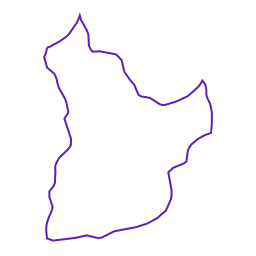 map outline of Laghman (Equal Earth projection)
{"feature_id": "AFG-1770", "entity_name": "Laghman", "entity_type": "Province", "adm_level": 1, "iso_a3": "AFG", "parent_name": "Afghanistan", "parent_adm1": "", "projection": "equal_earth", "projection_center": [70.121, 34.819], "detail": "fine", "context": "isolated", "style": "outline", "palette": "violet", "viewbox_px": 256, "rotation_deg": 0, "n_neighbors": 0, "source": "natural_earth", "source_scale": "10m", "svg_char_len": 1303}
<svg xmlns="http://www.w3.org/2000/svg" viewBox="0 0 256 256"><path d="M47.0,238.4L46.3,232.1L46.2,229.9L46.4,226.1L47.1,222.4L49.1,216.6L50.9,212.9L52.2,209.1L52.5,206.2L49.5,197.5L49.3,191.4L53.2,186.6L54.0,185.1L54.9,182.9L55.4,171.9L55.2,167.6L55.5,165.1L57.0,161.7L59.1,158.0L67.4,149.9L69.6,147.4L70.7,145.5L71.0,141.5L70.9,138.4L64.4,118.6L68.4,112.3L66.4,102.7L65.1,98.9L58.9,87.9L57.4,83.1L56.7,79.5L55.4,75.9L54.3,73.7L47.2,67.7L44.1,57.2L46.2,52.4L46.6,49.5L47.3,47.9L48.0,47.2L49.3,47.0L51.5,45.9L53.0,44.9L59.6,41.4L65.9,37.0L69.1,33.9L76.8,22.7L78.3,19.5L79.8,15.4L81.0,20.1L86.3,29.2L87.5,32.1L88.4,34.8L88.9,45.4L90.9,49.9L92.8,51.7L99.8,51.3L116.1,54.4L121.6,60.1L124.3,71.6L129.7,79.5L134.2,84.7L138.4,94.6L140.7,96.3L150.0,97.9L159.6,104.2L162.4,105.0L165.3,104.9L175.9,101.6L186.7,96.7L189.0,95.2L198.7,86.4L202.5,80.6L205.1,84.2L206.0,87.4L206.3,90.3L206.3,92.8L206.5,95.4L207.6,98.6L210.1,103.8L211.3,108.8L211.9,113.8L211.8,124.5L211.0,133.0L204.8,135.1L197.7,139.1L191.3,144.5L189.2,147.5L187.9,150.6L186.4,161.5L184.1,163.3L173.2,167.8L168.3,172.4L171.6,190.3L171.5,195.0L171.1,198.8L165.9,210.7L160.2,215.4L157.6,217.8L147.4,223.5L135.8,227.2L114.2,231.3L102.1,237.4L98.6,238.2L86.7,235.4L75.2,237.9L53.1,240.6L47.0,238.4Z" fill="none" stroke="#5b21b6" stroke-width="2"/></svg>